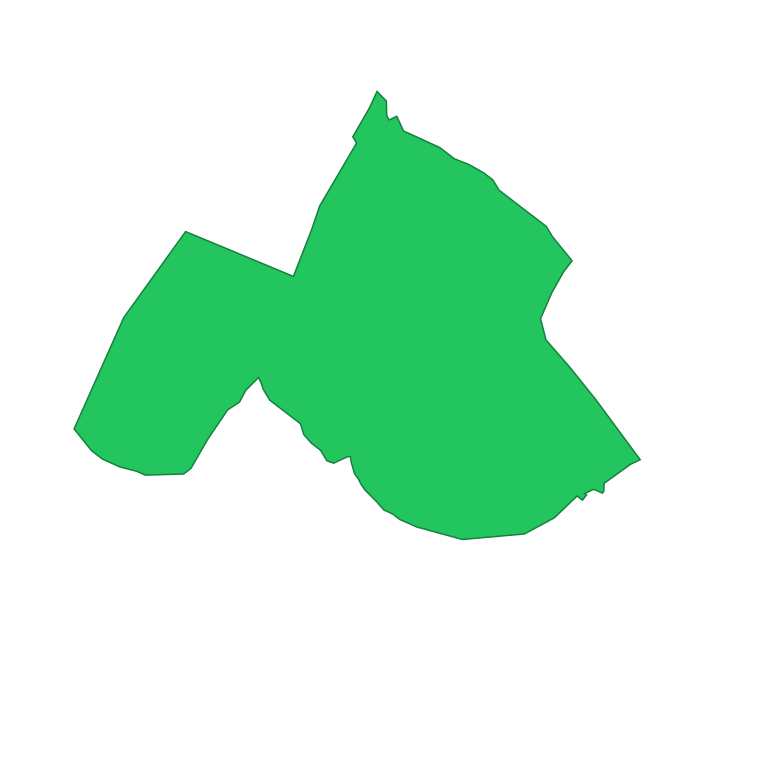 Matariyya, Ad Daqahliyah, Egypt, rotated 127°
{"feature_id": "37247803B28167369066586", "entity_name": "Matariyya", "entity_type": "district", "adm_level": 2, "iso_a3": "EGY", "parent_name": "Egypt", "parent_adm1": "Ad Daqahliyah", "projection": "robinson", "projection_center": [32.012, 31.191], "detail": "fine", "context": "isolated", "style": "filled", "palette": "green", "viewbox_px": 768, "rotation_deg": 127, "n_neighbors": 0, "source": "geoboundaries", "source_scale": "gbopen_adm2", "svg_char_len": 1155}
<svg xmlns="http://www.w3.org/2000/svg" viewBox="0 0 768 768"><g transform="rotate(127 384 384)"><path d="M606.4,604.5L613.3,577.2L613.4,563.5L609.2,545.1L602.6,529.1L600.5,519.9L576.4,489.8L567.5,487.4L534.2,491.5L498.7,493.3L485.4,488.5L472.1,490.6L454.4,488.1L456.6,483.6L461.1,476.8L465.7,465.4L466.0,426.8L472.7,417.6L475.0,406.2L475.1,394.8L479.7,383.4L477.5,376.5L473.1,374.2L464.3,369.5L462.1,367.2L466.5,362.7L473.3,353.6L475.5,346.8L477.8,342.3L480.1,335.5L482.4,319.5L484.7,308.1L482.6,298.9L482.7,289.8L478.4,271.5L461.0,227.8L419.2,181.6L400.1,172.8L388.3,167.4L357.3,162.4L357.3,155.6L350.7,155.5L350.7,157.8L341.8,153.1L339.7,143.9L337.5,143.9L330.8,148.4L299.8,138.8L290.3,133.8L269.2,204.8L258.6,246.4L251.4,281.0L237.6,298.3L210.1,304.9L186.2,308.1L172.4,307.9L165.0,337.9L160.5,349.2L160.1,394.9L160.0,408.6L155.5,420.0L155.4,431.4L156.3,438.6L157.5,447.4L161.8,463.5L161.6,481.7L168.1,511.5L170.2,520.7L162.5,534.9L170.1,538.9L167.8,543.5L156.6,552.4L154.6,565.6L172.1,561.8L205.4,557.7L208.1,550.9L280.6,542.5L304.3,534.7L352.6,521.1L381.7,634.2L487.7,631.8L606.4,604.5Z" fill="#22c55e" stroke="#15803d" stroke-width="1.5"/></g></svg>